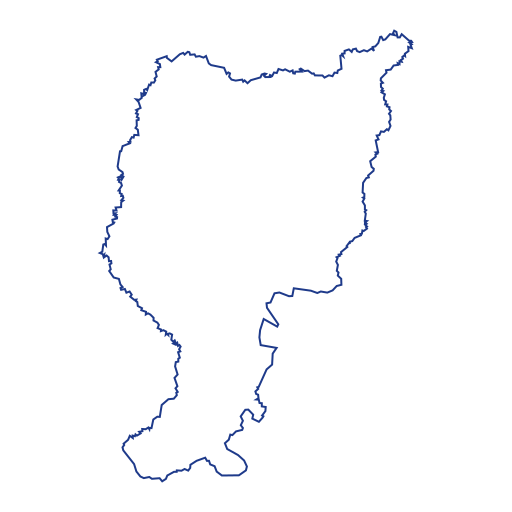 outline of Nam Khun, Ubon Ratchathani, Thailand
{"feature_id": "78962969B96008774598843", "entity_name": "Nam Khun", "entity_type": "district", "adm_level": 2, "iso_a3": "THA", "parent_name": "Thailand", "parent_adm1": "Ubon Ratchathani", "projection": "mercator", "projection_center": [104.905, 14.55], "detail": "fine", "context": "isolated", "style": "outline", "palette": "blue", "viewbox_px": 512, "rotation_deg": 0, "n_neighbors": 0, "source": "geoboundaries", "source_scale": "gbopen_adm2", "svg_char_len": 5967}
<svg xmlns="http://www.w3.org/2000/svg" viewBox="0 0 512 512"><path d="M394.2,30.7L393.0,33.3L394.8,35.2L390.0,34.1L385.3,39.4L383.2,40.1L381.4,36.7L380.2,36.9L378.3,43.0L375.3,46.4L372.7,47.0L374.0,50.9L371.6,48.5L367.2,51.4L363.9,50.2L359.7,52.1L357.1,51.1L355.9,48.6L352.8,49.4L351.7,51.9L348.9,49.4L344.6,50.9L344.6,53.4L342.2,53.7L343.1,56.2L341.7,55.0L340.3,55.7L341.5,68.8L337.8,70.5L337.3,73.0L334.5,72.6L332.5,76.2L328.9,75.3L324.5,77.6L322.5,75.5L314.9,75.4L313.7,73.4L312.1,73.7L308.0,70.6L304.5,71.1L300.8,68.6L299.7,69.2L301.7,71.6L295.3,71.7L294.8,73.6L293.2,73.3L292.6,70.4L289.8,71.7L285.1,69.3L283.0,70.4L278.5,69.0L276.8,73.0L274.0,72.5L272.2,76.0L270.0,75.0L269.6,76.0L271.5,77.0L265.3,77.1L264.0,75.8L266.1,73.9L264.6,73.5L261.7,74.5L260.5,77.4L250.8,80.2L247.5,83.2L244.6,80.4L243.2,81.7L242.2,79.6L235.7,80.6L231.5,79.6L229.1,76.6L230.0,73.4L228.3,72.4L226.6,73.9L224.1,67.8L211.1,65.1L208.8,63.4L206.0,56.0L203.5,57.6L199.4,56.1L195.9,56.7L194.6,54.4L190.2,54.8L189.3,52.2L187.8,51.8L184.6,54.6L183.2,52.9L179.9,54.2L171.6,61.4L166.9,57.9L166.7,56.2L156.9,59.7L157.7,61.2L156.0,62.2L159.9,64.1L160.3,67.1L158.1,67.1L158.7,69.4L155.5,71.9L156.7,76.5L154.6,78.5L155.3,80.3L153.9,82.6L151.3,82.5L150.5,85.2L149.1,84.6L147.2,90.1L146.2,88.9L144.1,89.8L144.1,92.5L146.0,92.9L145.1,94.8L143.6,95.6L143.8,93.9L141.3,93.3L141.7,97.9L139.1,99.9L136.2,99.4L138.6,102.0L140.6,107.9L136.2,110.0L137.4,110.9L136.0,113.4L138.0,114.2L136.8,117.1L138.7,118.1L138.6,119.9L136.6,120.3L136.8,125.9L135.5,128.0L137.8,129.7L138.5,135.2L134.3,134.9L133.6,137.6L131.9,137.1L130.1,140.1L130.5,141.7L128.7,142.0L129.8,143.3L122.6,146.1L121.2,151.2L120.0,151.3L117.6,166.5L118.7,169.5L122.5,172.1L123.0,173.9L121.4,175.0L123.5,176.6L121.7,179.6L120.7,176.3L118.0,177.4L118.9,178.2L118.1,179.8L119.6,180.0L119.0,181.9L121.1,183.0L121.9,185.6L118.6,190.5L119.9,190.6L119.8,193.2L121.7,194.0L121.2,196.0L122.8,195.8L123.4,197.8L121.4,200.1L123.2,200.6L121.2,202.1L121.1,207.1L115.6,207.5L116.5,210.5L113.3,210.4L113.5,213.5L115.5,213.3L114.1,214.9L116.4,215.0L115.3,216.6L117.1,217.1L117.0,218.5L112.4,219.7L112.8,222.1L114.2,222.5L113.6,223.5L107.0,227.1L107.3,231.9L109.4,236.3L107.6,239.1L105.7,238.5L106.0,245.5L104.7,244.0L103.3,244.5L102.3,251.7L99.9,253.0L102.8,254.2L103.3,255.9L104.3,254.7L104.1,257.3L106.6,255.5L108.6,257.3L109.0,261.2L111.1,261.0L111.4,263.4L109.5,264.5L110.7,269.3L109.2,271.0L113.7,277.5L118.9,278.9L120.4,284.4L122.6,287.0L120.5,288.0L121.1,289.8L124.9,289.0L126.4,292.7L129.6,291.5L131.7,294.7L130.2,296.6L134.3,299.9L136.4,299.6L135.8,301.1L137.3,302.0L137.8,306.0L142.0,308.2L141.3,310.2L146.0,311.8L145.8,314.5L148.0,313.3L150.4,314.6L153.6,317.8L153.5,320.5L157.4,322.6L158.9,324.9L157.6,328.1L161.0,329.5L160.9,331.1L163.4,330.2L166.2,331.6L165.8,334.6L166.8,333.7L168.2,335.0L168.0,333.8L169.7,333.4L172.1,334.6L171.3,339.7L173.2,341.7L174.7,340.4L175.6,342.4L173.3,343.6L175.9,344.8L177.3,343.0L178.0,345.9L179.4,345.0L180.6,346.6L179.1,349.3L180.3,351.4L178.1,352.2L179.8,357.7L178.3,358.7L178.3,361.6L175.8,362.1L175.1,366.4L177.6,374.5L174.5,377.9L177.4,386.2L175.5,388.3L177.7,391.9L176.3,392.7L176.8,395.2L173.8,398.7L168.4,399.2L161.7,405.0L159.8,416.9L157.3,416.7L153.3,419.5L151.5,428.1L149.6,427.9L149.4,429.3L148.4,427.5L145.7,429.2L142.2,429.0L142.4,431.2L139.2,431.8L140.6,433.4L136.9,435.6L135.5,434.4L134.9,436.2L132.7,435.6L132.8,438.0L129.8,435.8L128.1,439.8L123.6,443.7L124.2,445.0L122.5,447.3L123.3,450.4L134.1,464.1L136.4,471.5L140.4,476.5L143.8,478.1L149.3,477.0L151.9,478.8L159.6,478.2L162.2,481.3L165.9,478.9L167.3,475.5L174.0,471.8L176.7,471.8L176.8,470.4L181.5,470.7L184.6,469.0L188.2,470.6L190.2,467.9L190.4,464.8L196.6,460.8L205.2,457.7L207.0,460.9L209.0,460.8L210.2,464.4L214.6,466.2L216.7,471.6L221.9,475.5L238.9,475.3L245.9,470.4L246.9,466.5L244.1,460.5L238.1,455.1L227.2,449.0L224.9,443.2L228.8,439.7L230.3,434.6L232.4,435.1L236.0,431.4L242.2,429.9L242.9,428.0L240.8,425.2L242.9,420.8L240.7,416.4L245.3,409.8L248.3,409.6L253.2,414.7L252.3,418.6L258.9,421.8L262.6,417.6L263.4,416.3L262.1,415.5L265.4,411.1L265.7,407.0L261.8,406.4L261.8,403.2L259.5,403.0L258.8,399.7L256.4,399.5L258.5,398.2L258.1,394.7L256.1,393.9L255.4,391.4L258.2,388.9L257.3,387.3L258.7,386.9L266.6,369.4L272.1,364.6L272.7,353.6L276.6,347.9L260.7,345.1L259.4,337.4L260.1,330.1L263.7,319.0L277.2,326.6L278.3,324.3L267.0,307.8L266.5,303.3L270.5,302.5L274.5,293.3L279.4,292.5L289.0,296.2L292.3,296.0L293.8,288.3L310.9,290.7L317.3,293.0L320.8,291.5L327.3,292.6L332.6,290.4L336.7,286.0L341.4,284.8L341.2,278.8L337.8,275.6L338.5,272.5L336.8,270.8L337.9,264.9L336.2,261.6L337.5,258.1L336.6,257.2L339.8,255.8L338.9,254.6L341.4,254.1L341.0,252.1L347.3,247.0L346.6,246.1L349.2,242.7L349.7,243.9L349.9,241.7L352.3,241.1L354.6,237.9L360.9,235.3L360.4,234.0L361.9,233.7L362.4,230.5L363.7,231.0L367.0,228.6L366.0,227.1L367.0,226.5L365.2,224.8L366.2,224.1L364.2,223.5L366.1,223.1L365.2,222.1L366.8,221.0L364.8,220.6L365.8,213.6L364.7,211.8L366.2,210.2L364.9,209.5L364.9,205.4L362.6,201.6L364.3,198.6L363.0,197.6L364.3,197.1L364.4,193.9L362.6,192.5L363.1,182.8L366.4,178.0L368.8,177.4L368.1,175.5L373.5,170.8L373.8,168.8L371.6,167.0L370.2,161.2L375.8,156.6L375.4,154.6L377.3,153.7L375.8,152.4L378.1,152.1L375.7,140.4L378.5,139.4L376.7,135.5L379.4,135.1L381.0,131.4L383.9,131.9L386.9,129.2L388.4,130.3L390.5,125.9L389.1,121.9L390.6,119.5L390.3,115.3L389.0,113.8L391.0,111.0L389.2,109.4L389.5,107.2L386.9,106.4L387.4,104.5L385.2,104.4L386.1,101.3L384.1,99.9L383.8,97.7L384.9,94.3L381.6,92.4L383.2,91.0L381.5,90.5L382.8,88.7L381.0,87.0L380.9,83.6L382.9,82.8L380.7,80.5L380.9,78.3L386.5,72.7L386.0,70.2L390.7,69.6L393.6,65.5L398.0,64.9L397.7,63.2L399.5,64.1L399.5,61.2L401.7,61.7L400.9,60.0L403.0,58.7L402.3,57.0L404.2,55.4L405.1,56.1L404.9,53.7L408.5,51.1L408.2,46.9L411.8,48.2L410.5,44.6L411.5,44.3L409.5,42.7L412.1,42.2L411.2,40.8L409.1,40.7L401.7,34.2L399.8,37.4L397.6,37.4L396.4,31.9L394.2,30.7Z" fill="none" stroke="#1e3a8a" stroke-width="2"/></svg>